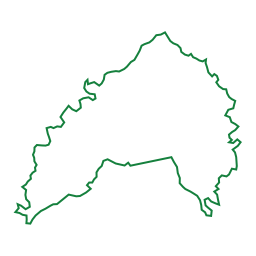 Marumbi, Paraná, Brazil
{"feature_id": "56859067B89241056373141", "entity_name": "Marumbi", "entity_type": "district", "adm_level": 2, "iso_a3": "BRA", "parent_name": "Brazil", "parent_adm1": "Paraná", "projection": "mercator", "projection_center": [-51.666, -23.754], "detail": "fine", "context": "isolated", "style": "outline", "palette": "green", "viewbox_px": 256, "rotation_deg": 0, "n_neighbors": 0, "source": "geoboundaries", "source_scale": "gbopen_adm2", "svg_char_len": 2381}
<svg xmlns="http://www.w3.org/2000/svg" viewBox="0 0 256 256"><path d="M32.6,172.7L30.4,175.6L30.9,178.8L27.8,181.5L25.9,184.5L22.3,186.9L26.1,190.0L25.4,194.9L26.2,199.2L29.2,202.2L29.8,206.8L25.6,209.2L21.1,205.7L17.7,204.2L18.7,208.2L15.4,212.1L19.5,213.0L22.6,214.8L26.5,215.5L26.7,219.5L26.4,223.2L30.3,223.6L32.5,219.5L35.6,215.5L40.9,211.0L45.5,208.7L50.5,205.7L53.2,204.3L57.0,204.1L68.7,194.6L76.3,196.3L80.0,196.0L86.1,192.5L90.7,188.8L87.0,185.2L89.2,182.5L92.3,182.5L94.0,179.4L96.6,176.8L96.5,172.4L98.7,168.8L101.7,166.0L103.4,160.9L107.6,159.3L115.7,163.5L124.6,165.5L128.2,162.7L130.4,165.7L171.4,157.2L173.8,161.8L177.0,167.0L177.8,173.1L179.8,178.0L179.7,183.2L183.0,186.9L185.3,189.0L190.5,191.6L193.9,193.7L197.2,195.8L200.0,200.2L201.2,204.9L201.7,209.8L205.1,212.3L206.4,215.3L211.1,215.9L211.7,210.6L207.9,207.5L205.6,205.4L204.6,199.8L208.1,198.1L211.2,201.5L215.6,203.4L219.1,204.7L218.0,199.6L217.1,194.6L214.3,191.6L218.5,189.0L215.8,186.2L219.1,182.5L218.8,178.3L221.8,175.4L226.5,176.4L229.0,174.5L231.9,168.7L236.2,169.5L236.8,166.1L236.2,157.1L235.0,152.4L232.7,149.6L237.8,145.9L240.6,142.2L237.3,139.4L233.2,143.0L229.1,142.3L231.8,139.9L229.5,137.7L229.0,134.6L232.1,132.0L235.2,130.1L238.4,126.5L235.2,124.0L231.4,122.0L229.8,117.2L225.3,115.4L228.3,109.8L233.3,108.3L234.1,104.8L235.2,100.9L231.6,99.0L229.2,97.1L227.2,93.5L226.2,89.3L223.1,89.1L219.1,86.3L216.3,82.3L218.3,79.8L216.9,75.9L214.3,74.1L212.1,76.4L208.4,72.4L207.0,67.1L205.6,63.0L206.0,59.5L202.7,61.4L199.4,60.5L196.4,58.6L193.1,57.2L191.0,53.9L188.5,55.7L184.9,54.6L181.3,51.9L180.5,48.1L177.5,45.0L173.3,43.3L170.3,41.0L165.0,32.4L160.8,34.6L156.3,35.2L152.6,39.8L149.4,42.4L144.4,44.2L141.6,45.7L139.7,50.6L137.6,54.4L134.4,59.9L130.9,62.0L126.9,66.7L124.2,69.0L119.1,71.5L115.9,71.1L111.3,71.8L107.4,72.8L104.6,74.8L103.8,79.6L101.7,83.4L99.2,85.6L94.2,82.1L90.7,83.2L88.0,84.2L87.5,79.8L85.3,82.1L84.2,88.0L86.4,91.5L89.6,93.7L94.7,94.3L95.5,98.5L92.8,100.1L88.6,97.3L83.2,98.3L79.4,100.5L80.5,104.1L80.8,107.7L76.3,111.2L72.2,109.3L68.6,105.8L66.5,108.6L63.3,112.6L60.5,117.0L64.2,122.4L60.9,126.9L57.2,126.4L53.5,128.1L50.8,126.9L46.6,128.1L47.8,133.7L48.9,136.7L50.3,141.1L48.6,144.7L45.5,145.6L41.3,145.4L36.9,145.0L34.5,147.5L34.4,151.3L33.0,154.8L34.2,157.8L34.4,161.3L36.6,164.9L35.0,167.6L35.5,170.8L32.6,172.7Z" fill="none" stroke="#15803d" stroke-width="2"/></svg>